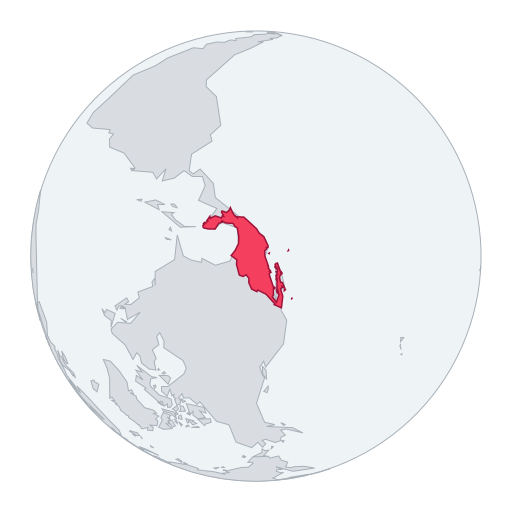 Mexico on an orthographic globe, rotated 204°
{"feature_id": "MEX", "entity_name": "Mexico", "entity_type": "country or territory", "adm_level": 0, "iso_a3": "MEX", "parent_name": "North America", "parent_adm1": "", "projection": "orthographic", "projection_center": [-103.635, 23.63], "detail": "medium", "context": "on_globe", "style": "filled", "palette": "rose", "viewbox_px": 512, "rotation_deg": 204, "n_neighbors": 0, "source": "natural_earth", "source_scale": "50m", "svg_char_len": 10697}
<svg xmlns="http://www.w3.org/2000/svg" viewBox="0 0 512 512"><g transform="rotate(204 256 256)"><circle cx="256" cy="256" r="225" fill="#eef3f6" stroke="#a8b0b8"/><path d="M45.6,333.6L46.2,335.2L45.6,333.6ZM351.8,306.8L346.8,305.4L342.4,312.7L324.5,305.0L317.0,292.9L256.5,277.0L249.1,270.4L247.3,259.3L219.0,222.5L235.1,257.3L225.6,250.7L216.5,238.3L219.9,235.3L211.4,217.0L201.8,209.9L195.1,186.9L202.0,158.4L206.2,163.0L207.4,156.2L202.2,150.3L198.6,148.2L195.7,121.8L180.6,107.6L170.1,109.7L176.9,104.6L153.0,114.0L141.1,113.5L158.2,110.2L162.6,107.0L156.3,104.3L159.5,100.6L158.3,97.4L162.8,93.4L172.4,92.5L175.4,90.1L170.7,88.5L172.2,84.0L178.6,86.6L181.9,79.2L198.5,77.8L212.0,90.8L224.8,88.9L248.1,100.1L249.5,96.5L259.3,99.4L264.6,96.7L267.4,100.2L269.1,95.1L265.6,92.5L265.2,89.5L267.9,87.8L272.0,91.7L271.2,93.2L273.9,93.5L274.7,96.3L275.9,94.0L280.5,99.3L280.1,91.7L287.3,94.1L289.2,98.4L283.5,100.8L273.9,119.0L274.1,125.2L280.1,130.8L302.9,134.7L305.4,140.8L312.8,146.9L313.9,141.9L308.6,135.4L312.6,128.2L305.5,121.8L306.1,118.2L301.1,111.1L307.8,109.3L317.0,111.6L321.5,117.6L325.7,119.1L326.2,111.4L339.3,121.5L355.9,126.8L358.7,130.2L355.4,139.2L343.2,143.4L338.9,157.6L347.7,145.8L354.4,155.4L358.0,156.1L361.2,154.5L361.0,150.0L364.5,153.0L357.1,165.2L353.8,162.6L356.2,158.5L350.5,160.9L345.6,170.3L349.3,175.0L337.9,186.2L340.4,189.9L339.4,194.8L336.1,187.9L341.8,200.9L328.9,219.6L336.5,243.2L322.5,226.6L313.6,225.9L303.3,228.0L304.3,231.9L289.3,231.0L277.8,240.8L276.9,260.2L284.7,274.1L301.1,272.7L304.6,264.1L315.8,260.7L311.0,283.5L331.1,283.4L331.0,299.6L337.3,306.8L346.6,302.8L356.4,304.7L362.3,294.0L372.2,286.4L373.7,299.1L378.2,286.0L384.4,290.5L403.4,283.8L402.3,287.2L418.5,296.4L433.8,295.9L437.4,303.2L435.8,309.6L440.6,308.6L440.6,312.2L457.6,306.4L464.5,308.7L463.0,321.0L454.8,339.9L441.7,371.5L425.4,388.7L417.4,400.8L398.0,420.7L388.7,423.9L387.4,429.3L379.0,435.4L371.8,438.3L367.2,443.0L361.8,444.8L363.0,446.4L349.5,454.3L347.8,457.4L336.8,462.9L335.9,464.3L333.4,465.0L329.6,466.4L327.7,467.5L322.2,467.7L325.9,463.6L331.8,460.5L328.6,460.8L341.5,452.3L336.3,454.7L345.9,443.0L357.3,431.2L372.9,396.7L370.5,390.5L357.1,385.6L341.3,361.1L347.0,348.1L342.9,343.1L356.3,322.8L351.8,306.8ZM87.9,241.6L89.0,236.4L90.6,240.4L87.9,241.6ZM88.1,232.8L88.0,234.6L87.8,233.0L88.1,232.8ZM86.9,231.2L87.8,232.3L86.6,231.6L86.9,231.2ZM85.2,229.8L86.2,230.4L86.0,230.5L85.2,229.8ZM337.0,251.5L359.9,258.2L348.5,262.3L350.4,259.7L344.2,256.2L333.3,253.9L322.9,258.4L337.0,251.5ZM83.0,226.1L82.6,225.1L83.6,225.0L83.0,226.1ZM343.7,236.3L339.9,236.2L343.4,235.4L343.7,236.3ZM196.4,148.0L201.8,150.7L205.3,157.7L200.4,155.8L196.4,148.0ZM190.3,135.7L193.8,135.5L192.1,142.1L190.7,140.1L190.3,135.7ZM161.8,112.5L165.6,113.8L160.8,114.0L161.8,112.5ZM157.4,97.7L155.3,98.7L155.6,96.7L157.4,97.7ZM297.8,112.7L299.4,111.9L299.5,113.6L297.8,112.7ZM294.0,110.5L293.0,113.0L291.0,112.3L291.7,110.8L294.0,110.5ZM162.6,88.9L163.7,85.7L164.2,88.7L162.6,88.9ZM295.8,107.6L287.7,110.9L284.4,109.8L284.2,103.2L295.8,107.6ZM165.4,83.8L167.9,76.7L163.4,78.0L177.4,71.0L170.7,78.9L172.0,82.3L168.6,81.8L165.4,83.8ZM263.2,92.4L267.2,95.1L261.3,94.5L263.2,92.4ZM259.6,92.8L242.1,96.5L237.7,92.2L244.4,91.6L236.6,87.7L243.0,83.7L248.8,85.0L250.4,88.4L251.6,84.4L259.6,92.8ZM184.8,68.6L186.8,67.0L186.5,68.6L184.8,68.6ZM264.5,88.3L261.4,89.2L257.3,85.5L262.9,82.9L262.4,84.9L264.5,88.3ZM231.4,88.8L229.4,85.9L234.0,81.7L233.9,80.1L242.8,83.3L231.4,88.8ZM264.7,84.9L265.8,81.8L270.2,82.2L267.3,87.2L264.7,84.9ZM254.0,85.6L252.3,83.8L255.0,84.0L254.0,85.6ZM286.6,82.5L282.9,83.3L280.5,81.3L286.6,82.5ZM265.9,80.7L264.3,80.6L263.0,80.0L264.5,78.2L265.9,80.7ZM245.4,80.3L247.8,79.4L242.0,78.8L245.3,76.0L250.7,78.8L249.7,76.4L250.7,75.6L254.0,78.8L245.4,80.3ZM262.0,74.7L270.0,77.8L277.3,76.6L279.6,78.2L267.5,80.0L262.0,74.7ZM257.0,76.8L260.6,75.8L261.7,78.1L259.9,80.2L257.0,76.8ZM245.5,73.2L239.2,76.8L238.2,76.1L245.5,73.2ZM263.9,73.8L261.9,73.1L264.3,73.4L263.9,73.8ZM250.9,72.8L248.8,74.0L247.8,73.2L250.9,72.8ZM259.8,70.9L262.4,71.8L261.2,73.1L259.8,70.9ZM255.6,71.4L254.6,70.0L259.3,73.1L254.8,72.0L255.6,71.4ZM250.3,71.8L249.0,71.7L251.3,71.4L250.3,71.8ZM262.7,65.5L268.8,69.1L266.2,71.9L260.6,68.0L262.7,65.5ZM329.9,467.8L321.9,468.2L327.1,467.8L334.4,464.9L337.2,465.2L329.9,467.8ZM349.9,459.5L356.2,456.7L356.6,456.7L352.3,458.7L349.9,459.5ZM405.5,87.5L404.8,87.0L413.6,96.1L433.1,118.3L436.5,124.3L435.6,126.2L420.2,110.3L414.3,98.8L408.8,94.0L402.9,91.6L401.6,88.7L398.5,86.6L395.5,82.6L384.4,73.9L380.4,70.1L369.3,64.2L365.7,61.7L373.3,65.7L376.4,66.9L365.5,59.3L361.5,57.0L355.1,54.1L352.9,52.8L348.2,50.9L338.6,46.6L346.3,50.7L339.1,48.3L329.6,44.8L328.6,45.1L344.0,50.9L348.8,52.7L350.8,53.0L365.3,59.9L370.5,63.2L360.6,59.6L366.8,64.3L356.3,60.3L321.3,45.4L310.2,41.2L305.9,37.1L312.4,38.5L317.1,40.4L319.0,40.0L315.8,39.3L314.0,38.6L306.6,37.0L305.0,36.4L300.7,36.2L297.9,35.4L300.6,35.5L287.3,33.4L279.6,32.2L277.3,32.1L277.2,32.3L267.5,31.1L266.3,31.2L269.0,31.5L268.3,31.9L263.4,32.4L260.3,31.9L261.7,31.7L259.9,30.9L264.0,30.9L263.7,30.9L280.9,32.1L298.1,34.7L314.9,38.6L331.4,43.7L347.5,50.1L363.0,57.8L377.9,66.6L392.1,76.5L405.5,87.5ZM261.8,30.8L258.0,30.8L260.1,31.7L258.0,32.2L256.0,31.5L256.6,31.8L254.5,31.9L249.7,31.8L251.4,32.6L233.5,37.4L222.3,38.4L222.5,36.8L206.7,41.8L195.3,44.0L197.9,44.1L192.0,47.5L195.5,46.8L196.2,47.2L182.8,57.2L177.2,59.8L174.3,65.6L175.6,65.8L179.5,64.1L177.4,71.0L163.4,78.0L161.2,77.0L153.9,82.6L149.9,79.8L143.2,80.6L143.1,75.3L137.8,76.9L135.5,79.0L126.7,83.4L116.2,86.1L134.6,74.4L152.2,71.5L145.9,71.5L150.3,68.9L149.8,67.5L145.1,68.1L142.7,69.7L150.3,60.0L144.8,60.5L138.0,65.1L131.0,69.5L119.9,76.5L133.7,66.8L148.2,58.2L163.4,50.6L179.0,44.3L195.1,39.1L211.5,35.2L228.1,32.4L245.0,31.0L261.8,30.8ZM479.7,229.0L479.5,228.3L473.3,209.6L469.9,195.6L464.7,183.9L437.2,125.6L436.5,122.5L426.7,108.9L437.1,121.9L446.5,135.7L454.8,150.1L462.1,165.0L468.3,180.5L473.2,196.4L477.1,212.6L479.7,229.0ZM452.6,149.6L454.8,153.2L454.8,153.3L452.6,149.6ZM404.0,283.4L406.4,285.1L403.5,286.2L404.0,283.4ZM347.7,268.0L352.2,267.4L354.8,268.9L351.5,270.3L347.7,268.0ZM383.2,259.2L387.9,259.0L383.3,261.5L383.2,259.2ZM363.3,258.9L379.4,260.0L370.5,266.4L360.2,265.9L366.9,263.0L363.3,258.9ZM343.3,244.5L346.3,244.8L345.9,247.4L343.3,244.5ZM346.3,235.8L345.3,236.2L343.5,234.6L346.3,235.8ZM354.8,154.6L355.5,153.8L359.1,152.9L358.2,155.2L354.8,154.6ZM370.1,140.0L375.4,145.3L371.0,142.7L370.8,146.4L361.3,146.3L359.5,131.9L362.0,138.2L370.1,140.0ZM348.1,142.8L354.4,144.0L347.6,143.3L348.1,142.8ZM384.1,81.2L385.4,80.6L389.9,83.7L395.0,90.2L388.5,85.6L384.1,81.2ZM386.2,79.2L374.9,74.8L371.2,71.1L375.2,73.8L373.9,71.8L379.9,75.7L387.5,77.3L392.0,80.3L399.0,89.6L394.2,84.7L393.2,85.3L386.2,79.2ZM352.4,75.4L347.4,74.9L346.0,67.3L350.8,68.7L356.1,74.8L353.6,76.8L352.4,75.4ZM297.1,95.9L295.3,97.3L294.2,96.0L294.8,93.8L297.1,95.9ZM285.1,83.0L303.8,88.8L302.7,90.6L315.0,92.7L316.8,98.3L308.8,96.6L319.4,102.9L312.9,103.7L320.5,107.6L302.4,103.3L297.0,104.7L302.3,100.9L300.8,95.5L298.5,93.7L287.9,89.7L275.5,90.8L272.0,86.2L272.8,82.8L275.2,81.8L276.7,84.9L278.9,81.4L283.0,85.3L285.1,83.0ZM284.3,52.7L285.0,55.4L290.1,51.6L294.2,54.4L294.5,53.8L299.7,55.4L306.6,56.6L307.6,58.1L309.8,58.0L313.3,59.3L316.7,59.8L319.7,62.8L324.1,63.7L323.1,64.7L329.8,65.5L326.2,66.3L330.3,68.5L331.7,66.5L340.0,84.8L346.3,92.8L353.5,99.4L346.3,100.7L334.9,95.8L322.6,88.4L317.6,80.9L315.2,83.2L312.1,80.4L315.3,79.8L308.5,79.2L306.8,76.8L295.9,72.1L287.2,73.5L283.0,72.1L285.5,70.4L279.6,70.2L281.5,66.2L278.5,65.3L277.4,60.7L284.0,58.5L280.2,57.6L279.2,54.5L284.3,52.7ZM262.6,64.1L269.6,60.2L275.3,60.0L274.8,68.1L277.2,69.6L277.1,75.4L268.9,75.8L269.7,74.0L268.5,72.4L271.6,72.9L268.3,71.4L269.2,69.0L267.0,67.2L269.9,66.4L262.6,64.1ZM415.2,96.6L414.0,95.4L412.9,94.3L415.2,96.6ZM411.6,93.1L410.4,92.0L407.6,89.4L411.1,92.6L411.6,93.1ZM371.2,64.2L368.9,62.6L370.0,63.1L373.0,64.8L371.2,64.2ZM300.2,44.5L299.7,45.5L298.1,45.2L292.9,46.3L289.5,44.8L291.3,43.5L300.2,44.5ZM295.6,43.0L293.8,43.5L293.2,42.4L295.6,43.0ZM286.7,43.7L285.3,42.5L288.5,44.7L286.7,43.7ZM263.6,34.3L274.7,34.1L280.4,33.8L280.0,33.0L285.3,34.4L276.5,34.8L263.6,34.3ZM237.5,36.8L237.9,38.1L234.6,38.1L234.1,37.8L237.5,36.8ZM240.0,37.2L246.3,37.9L244.5,39.1L239.9,38.2L240.0,37.2ZM271.3,39.1L274.8,39.0L275.3,39.8L271.3,39.1ZM45.2,334.5L46.8,338.4L45.9,336.7L45.2,334.5ZM46.1,335.2L45.1,333.4L45.6,333.6L46.1,335.2ZM109.7,84.7L112.3,82.5L105.7,88.5L102.7,91.2L102.1,91.5L102.1,91.4L109.7,84.7ZM112.2,82.9L115.6,79.9L133.7,68.0L135.8,67.1L118.6,78.4L121.0,76.3L117.7,78.5L112.2,82.9ZM184.7,67.0L186.6,67.0L184.1,68.0L184.7,67.0ZM198.3,46.7L198.9,47.4L196.0,48.3L198.3,46.7ZM199.0,50.0L201.9,48.5L200.2,50.3L199.0,50.0ZM208.1,45.2L203.7,48.0L206.1,45.1L208.1,45.2Z" fill="#d9dde1" stroke="#a8b0b8" stroke-width="1"/><path d="M211.7,219.0L219.5,219.0L219.1,219.8L231.2,225.2L240.6,225.6L240.7,223.8L246.6,224.0L251.7,228.7L253.4,232.7L257.3,234.9L259.5,232.0L263.5,231.8L270.4,240.4L271.9,244.7L278.9,246.3L277.3,252.6L277.0,260.0L279.7,266.9L284.6,274.1L287.4,274.4L290.1,276.4L297.4,273.8L300.8,274.4L301.7,273.7L301.0,272.7L303.4,270.7L304.3,264.0L310.8,261.2L315.5,260.4L316.9,262.1L314.3,268.4L315.3,268.5L314.3,273.5L313.2,271.7L309.6,276.1L303.0,276.7L303.1,278.9L301.6,279.1L305.4,282.1L305.4,283.3L300.6,283.8L299.1,287.0L299.1,289.8L295.5,286.6L292.5,284.5L290.8,283.7L292.2,284.6L288.8,283.3L289.2,284.1L282.9,286.6L266.5,281.1L262.4,278.2L256.7,276.8L249.2,270.3L248.5,268.7L250.0,268.0L249.1,267.0L250.2,264.4L248.2,259.9L241.2,252.5L242.1,252.4L240.6,251.9L239.5,250.0L240.3,250.1L236.9,248.4L237.4,247.4L235.7,247.3L236.7,245.3L236.2,244.2L226.8,234.0L226.7,233.0L224.3,227.4L224.5,225.4L218.5,222.1L219.1,229.5L224.2,236.1L227.2,243.2L227.5,242.4L228.2,243.1L230.9,252.6L231.9,253.6L232.3,252.6L235.2,256.2L233.6,258.3L226.0,250.4L225.9,246.1L222.8,241.9L221.2,242.6L216.7,238.3L219.9,238.8L219.3,237.7L220.2,235.9L215.2,230.2L211.7,219.0ZM226.0,233.2L226.3,234.9L225.5,234.6L226.0,233.2ZM223.4,233.6L222.4,232.6L222.1,231.5L223.3,232.6L223.4,233.6ZM316.7,265.5L316.5,264.8L317.2,264.4L317.2,264.5L316.7,265.5ZM226.0,251.5L225.2,250.5L225.8,248.6L225.6,250.3L226.0,251.5ZM216.4,236.6L215.6,236.8L216.1,235.8L216.4,236.6ZM206.3,232.6L205.8,231.9L206.0,231.6L206.3,232.6ZM226.7,251.6L227.2,252.4L226.1,251.6L226.7,251.6ZM245.4,263.6L245.1,264.0L245.0,263.5L245.4,263.6ZM231.3,249.8L231.4,250.4L230.9,249.7L231.3,249.8ZM229.4,245.8L229.7,246.1L229.2,246.6L229.4,245.8ZM228.7,274.0L228.7,274.6L228.4,274.3L228.7,274.0ZM300.3,273.5L299.7,273.6L300.7,273.2L300.3,273.5ZM234.0,253.4L233.7,253.3L233.6,252.7L234.0,253.4Z" fill="#f43f5e" stroke="#9f1239" stroke-width="1.5"/></g></svg>